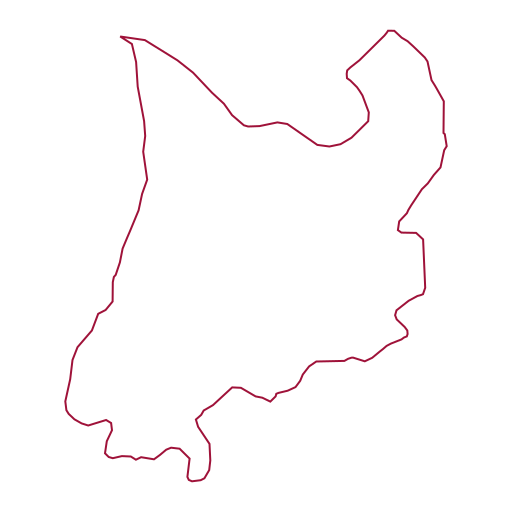 the district of Palín, Escuintla, Guatemala
{"feature_id": "79465075B28219742708023", "entity_name": "Palín", "entity_type": "district", "adm_level": 2, "iso_a3": "GTM", "parent_name": "Guatemala", "parent_adm1": "Escuintla", "projection": "mercator", "projection_center": [-90.699, 14.394], "detail": "fine", "context": "isolated", "style": "outline", "palette": "rose", "viewbox_px": 512, "rotation_deg": 0, "n_neighbors": 0, "source": "geoboundaries", "source_scale": "gbopen_adm2", "svg_char_len": 1957}
<svg xmlns="http://www.w3.org/2000/svg" viewBox="0 0 512 512"><path d="M394.3,30.8L388.1,30.7L386.6,32.9L384.4,35.6L359.4,60.3L350.4,67.4L347.2,70.4L346.7,73.8L347.0,78.2L350.3,80.5L357.0,87.2L359.6,90.9L362.5,95.5L368.8,112.4L368.2,121.2L351.5,137.7L340.5,144.2L329.4,146.5L317.3,144.9L287.3,124.0L277.4,122.4L259.5,126.1L248.1,126.5L243.9,125.3L232.1,115.2L223.9,103.7L212.1,92.8L210.3,90.9L193.0,72.6L177.4,60.3L144.9,40.1L120.2,36.5L131.9,44.0L136.1,62.0L137.7,86.6L144.1,121.1L145.2,136.0L143.2,151.7L147.2,179.6L143.1,191.1L142.1,193.9L138.6,210.3L130.0,231.1L127.2,237.6L122.6,248.6L119.9,262.4L115.7,274.9L113.9,276.9L112.8,282.1L112.6,301.5L105.6,310.0L98.2,313.8L91.9,330.5L77.5,347.2L72.5,360.0L70.2,379.2L65.3,401.4L66.4,410.2L68.7,413.9L74.4,419.3L81.6,423.4L88.2,425.5L106.1,420.0L111.1,423.0L112.0,430.2L106.8,441.2L105.0,453.3L108.7,457.0L112.8,458.2L121.9,456.1L130.8,456.5L135.9,459.7L141.1,457.2L154.0,459.3L160.0,454.9L166.2,449.7L171.1,447.7L179.6,448.7L189.6,458.6L187.4,476.9L188.8,479.9L192.0,481.3L200.7,480.2L204.4,478.3L209.2,470.1L210.3,460.5L209.5,443.9L198.1,426.8L195.9,419.5L201.2,414.9L203.7,410.5L213.0,405.1L232.2,387.4L240.9,387.8L255.6,396.4L262.3,397.7L270.3,401.6L275.6,396.4L276.3,393.8L278.5,392.9L287.7,390.7L295.5,387.1L300.2,380.8L302.8,374.5L309.1,366.4L316.3,361.5L344.4,360.9L348.1,358.8L351.4,357.7L353.0,357.6L364.8,361.3L372.2,357.8L379.7,351.6L382.9,349.1L386.6,345.9L390.9,343.6L401.5,339.4L404.0,337.5L406.8,336.4L407.6,334.0L407.3,330.5L404.7,327.0L396.7,319.4L395.1,315.2L396.5,310.3L408.6,300.8L417.4,296.0L420.7,295.1L423.0,294.2L425.2,287.8L423.1,239.4L416.1,232.9L401.4,232.6L397.9,230.1L399.2,221.4L406.9,213.2L408.4,209.9L411.2,205.3L421.9,189.2L427.8,183.4L433.8,175.0L440.5,167.4L444.2,150.2L446.7,146.2L444.8,134.2L443.5,133.0L443.8,101.3L436.8,88.8L435.0,85.7L431.5,80.1L427.5,61.5L424.8,57.5L413.1,46.2L407.6,41.2L401.7,37.7L394.3,30.8Z" fill="none" stroke="#9f1239" stroke-width="2"/></svg>